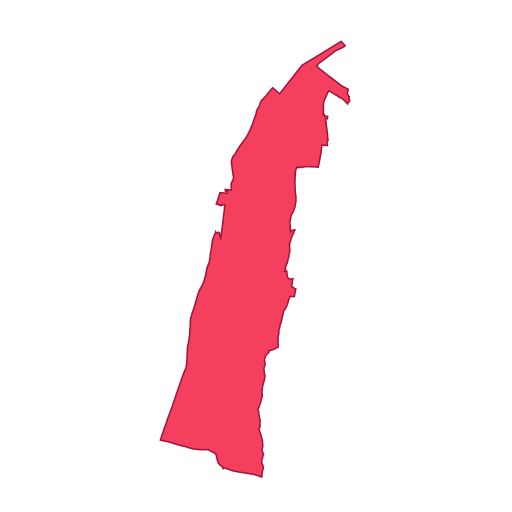 Cernatesti, Dolj, Romania, rotated 274°
{"feature_id": "2599482B72523042760761", "entity_name": "Cernatesti", "entity_type": "district", "adm_level": 2, "iso_a3": "ROU", "parent_name": "Romania", "parent_adm1": "Dolj", "projection": "equal_earth", "projection_center": [23.471, 44.445], "detail": "fine", "context": "isolated", "style": "filled", "palette": "rose", "viewbox_px": 512, "rotation_deg": 274, "n_neighbors": 0, "source": "geoboundaries", "source_scale": "gbopen_adm2", "svg_char_len": 6053}
<svg xmlns="http://www.w3.org/2000/svg" viewBox="0 0 512 512"><g transform="rotate(274 256 256)"><path d="M476.1,326.0L465.4,311.1L449.4,288.5L419.4,268.2L425.0,261.0L424.7,260.6L420.9,257.8L416.2,254.6L413.0,252.0L412.8,251.5L412.4,251.4L412.1,251.0L409.9,249.8L408.7,249.6L407.6,249.1L407.0,249.2L406.1,249.0L404.6,248.3L403.1,247.3L400.2,246.3L399.9,246.3L399.0,246.4L398.4,246.2L396.3,245.8L395.7,245.5L393.0,244.8L391.6,244.3L386.8,243.2L384.5,242.3L382.8,241.8L379.4,240.5L378.4,240.0L377.1,239.6L371.6,236.8L370.5,235.9L367.5,234.2L367.3,233.9L367.0,234.0L366.5,233.4L364.8,232.3L361.9,230.9L361.4,230.4L359.9,229.6L359.3,229.4L358.6,229.0L357.7,228.7L356.9,228.4L355.5,227.5L354.0,226.2L349.9,224.9L349.0,224.8L346.7,225.1L341.2,226.2L338.1,226.9L334.7,227.6L334.7,227.8L333.1,228.1L332.1,228.1L331.1,227.9L330.2,227.5L329.2,227.3L327.6,226.5L327.0,226.3L326.4,226.2L325.2,226.2L323.3,226.5L320.0,226.9L320.3,220.7L318.6,220.8L318.6,222.9L318.2,223.0L317.9,222.8L317.5,222.8L316.8,222.9L316.6,222.7L316.7,215.6L311.2,214.4L305.8,212.9L305.1,212.7L304.6,215.1L304.1,216.4L303.8,218.0L304.8,218.3L304.6,219.5L304.7,219.9L304.5,221.6L303.7,221.4L302.8,221.2L300.4,221.2L271.2,219.7L272.7,218.9L276.0,218.1L276.6,217.8L277.0,217.4L277.1,217.0L277.1,216.6L276.4,215.4L276.2,214.9L276.3,214.6L276.5,214.3L277.0,214.1L276.5,214.0L271.2,212.1L268.1,211.4L259.9,210.9L254.4,210.2L251.1,210.3L248.4,210.0L245.6,209.5L242.5,208.4L240.7,208.0L240.1,207.9L237.3,207.5L233.0,207.0L227.7,205.9L225.3,205.2L223.8,204.6L223.3,204.5L218.6,202.3L216.6,201.5L212.5,200.4L209.6,199.9L208.1,199.5L203.6,198.6L196.3,196.8L194.2,196.2L188.8,195.1L186.6,195.0L182.3,195.3L178.8,195.2L175.7,195.3L171.6,195.2L169.1,195.0L168.2,195.0L164.1,194.6L162.6,194.3L159.8,194.0L158.6,194.0L157.1,194.1L154.2,194.1L150.7,194.3L149.4,194.3L147.6,194.4L141.8,194.2L139.7,193.9L133.7,191.9L110.6,185.6L107.5,184.9L103.8,183.8L101.0,183.2L85.2,178.5L82.3,178.0L78.3,176.7L65.7,173.4L64.3,182.7L63.4,186.5L62.3,191.0L61.6,194.5L61.0,198.7L60.3,201.1L59.2,206.8L59.0,209.8L59.0,211.4L58.8,213.5L59.2,218.0L59.4,221.0L59.4,222.0L57.2,226.7L56.4,228.5L55.9,229.5L54.2,230.3L49.4,231.7L48.4,232.1L47.0,232.7L45.0,234.6L44.1,236.0L43.5,237.1L43.0,237.5L41.7,237.8L41.6,238.1L42.4,238.5L42.5,238.9L42.2,240.0L41.6,242.6L40.6,245.8L40.1,247.6L39.8,249.9L39.2,254.6L39.0,257.3L39.0,258.2L38.5,262.6L38.6,263.0L38.4,264.6L38.3,265.2L37.9,269.4L35.9,277.2L36.7,277.3L39.8,277.2L42.8,277.6L45.0,278.1L46.0,278.1L47.6,277.5L49.4,276.5L50.5,276.0L51.2,276.0L52.2,276.0L54.4,276.5L57.2,276.9L58.5,277.4L58.9,277.4L59.2,277.3L59.4,276.7L60.9,276.4L61.4,276.0L62.4,275.6L63.2,275.6L66.3,276.0L67.4,276.1L68.4,275.8L69.7,275.6L71.3,275.5L72.1,275.4L72.8,275.1L73.2,274.7L74.5,274.6L77.9,273.4L79.1,272.8L82.1,271.6L83.1,271.4L84.5,271.3L86.1,271.8L86.3,272.0L86.8,272.0L87.5,271.9L88.2,271.6L91.9,271.7L92.8,271.5L93.9,271.0L94.9,270.7L96.6,270.5L97.3,270.3L97.8,269.8L99.1,269.8L99.7,269.8L100.3,269.5L101.5,269.2L101.7,268.9L102.0,268.8L102.8,268.8L103.7,269.0L110.5,270.9L111.0,270.9L113.0,271.3L114.2,271.5L115.0,271.7L115.8,271.9L116.4,272.0L118.3,271.8L120.4,271.5L122.1,271.4L123.6,271.6L127.1,271.7L129.5,272.3L130.7,272.5L132.2,272.9L134.3,273.1L137.0,273.3L138.3,273.0L140.2,272.4L143.7,271.8L144.7,271.8L145.4,271.9L146.4,272.3L147.9,272.6L149.0,272.6L150.7,272.3L151.9,271.9L153.4,271.7L156.8,272.5L158.0,273.2L161.0,275.6L161.5,275.7L162.7,275.8L162.6,276.2L162.9,277.2L163.9,279.9L166.6,284.4L168.1,284.5L168.9,284.4L170.1,284.1L174.3,283.9L176.6,283.7L177.2,283.7L177.8,283.9L180.1,284.2L182.0,284.1L184.1,284.1L184.8,284.3L185.5,284.4L187.3,284.8L189.0,284.8L189.5,284.9L190.2,285.4L192.1,285.8L193.1,285.9L194.0,286.2L195.5,286.3L199.0,286.9L200.1,286.9L203.3,287.6L204.1,287.6L204.4,288.0L204.4,288.5L205.1,288.9L206.4,289.4L207.7,290.0L211.6,291.1L213.3,291.4L213.9,291.5L214.9,291.8L216.2,292.3L218.1,292.6L218.1,297.1L226.0,298.0L226.1,297.1L226.8,295.9L227.2,295.4L228.1,293.6L231.0,294.0L234.0,294.1L236.0,294.4L235.5,292.8L235.4,291.2L235.8,290.0L237.0,289.1L237.8,288.6L239.3,288.3L242.9,287.9L243.0,287.8L242.9,287.6L242.7,285.6L243.4,286.0L243.9,286.0L244.8,286.6L245.0,286.4L245.6,286.2L246.7,286.0L247.2,286.1L248.3,286.8L250.1,287.1L251.1,287.6L251.5,287.7L252.1,287.7L252.8,288.0L254.5,288.1L257.7,288.8L260.0,288.8L261.4,289.3L262.8,289.4L266.2,289.1L267.9,288.8L270.3,288.7L272.8,289.2L274.3,289.7L275.2,289.7L277.4,290.3L281.5,291.9L284.8,292.9L283.7,288.8L283.0,288.7L284.0,288.3L285.1,288.2L288.9,288.1L290.6,287.6L291.2,287.5L293.1,287.6L294.4,287.8L296.8,288.0L297.8,288.1L298.8,288.3L300.1,288.8L302.6,289.9L306.9,291.3L308.6,291.6L312.0,291.9L313.6,292.0L317.0,291.8L318.5,291.6L322.4,290.7L333.5,289.6L340.6,289.5L343.0,289.5L344.8,289.7L346.1,290.2L346.5,290.4L347.1,290.3L347.7,290.7L347.6,291.2L347.2,291.8L347.0,292.2L347.3,292.9L348.2,297.6L348.5,299.0L348.7,300.6L349.0,307.4L348.9,311.8L353.2,312.5L363.8,313.7L364.7,313.7L362.4,313.5L367.5,313.9L371.4,313.9L371.2,317.2L371.2,319.6L373.7,319.0L374.5,319.0L375.4,319.2L376.3,319.8L377.6,319.6L379.5,319.2L382.5,318.8L385.4,318.2L387.5,317.9L391.4,317.0L394.1,316.6L398.0,315.7L397.8,317.5L400.2,317.8L400.4,316.3L400.5,314.5L400.6,314.4L402.0,314.2L402.0,313.3L402.4,313.3L403.7,313.1L406.2,313.2L409.7,312.8L413.2,312.7L415.3,313.1L417.2,313.7L422.9,315.8L425.1,316.7L426.1,317.2L424.2,320.5L420.8,327.2L420.5,327.4L420.2,328.0L419.5,330.1L419.0,331.1L418.2,332.0L416.9,333.8L416.2,334.4L414.2,336.7L414.5,336.7L414.9,336.8L415.8,337.6L416.5,338.2L417.2,338.6L417.7,338.6L418.1,338.3L419.7,338.0L420.5,337.5L420.8,337.5L421.5,337.9L421.7,337.4L421.9,337.2L422.2,337.0L422.8,336.9L423.0,336.5L423.3,336.2L424.5,335.8L425.3,335.8L425.8,335.8L427.6,336.4L428.0,336.4L428.9,336.3L429.3,334.9L430.1,333.4L431.7,329.6L436.6,322.3L441.8,314.3L445.2,309.3L445.7,308.4L447.3,306.2L449.9,303.3L451.1,304.1L452.6,305.3L460.7,314.8L466.2,321.0L469.2,326.4L470.6,328.7L471.9,330.3L472.8,329.3L473.4,328.9L474.0,327.9L474.8,327.4L475.2,326.7L476.1,326.0Z" fill="#f43f5e" stroke="#9f1239" stroke-width="1.5"/></g></svg>